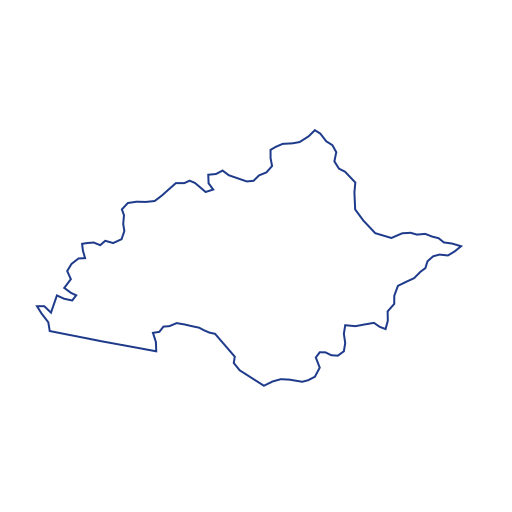 the district of Galvão, Santa Catarina, Brazil, rotated 19°
{"feature_id": "56859067B96587095974070", "entity_name": "Galvão", "entity_type": "district", "adm_level": 2, "iso_a3": "BRA", "parent_name": "Brazil", "parent_adm1": "Santa Catarina", "projection": "mercator", "projection_center": [-52.659, -26.443], "detail": "fine", "context": "isolated", "style": "outline", "palette": "blue", "viewbox_px": 512, "rotation_deg": 19, "n_neighbors": 0, "source": "geoboundaries", "source_scale": "gbopen_adm2", "svg_char_len": 1799}
<svg xmlns="http://www.w3.org/2000/svg" viewBox="0 0 512 512"><g transform="rotate(19 256 256)"><path d="M270.7,117.9L266.8,125.7L260.1,134.1L253.8,137.6L244.7,141.3L239.1,146.4L235.2,150.9L237.9,158.7L241.9,165.7L238.7,173.5L232.7,178.7L229.2,185.7L223.0,188.5L212.5,188.5L204.0,188.5L196.6,186.1L191.5,191.5L184.4,194.7L187.5,202.7L193.9,207.1L187.5,211.9L181.8,209.6L174.5,206.8L168.7,206.4L164.4,210.5L156.5,213.2L151.6,221.8L147.5,229.2L142.3,237.0L134.1,240.8L125.5,243.5L117.6,247.6L114.0,255.6L117.9,260.4L120.0,268.9L123.4,275.3L123.4,283.9L116.7,290.3L108.5,290.7L105.2,296.5L98.2,296.1L92.8,298.4L87.6,301.1L90.6,307.3L95.1,313.7L89.0,316.1L84.1,323.6L82.4,331.7L88.5,338.2L85.1,348.6L93.0,351.1L98.8,351.7L96.7,357.9L88.4,358.9L80.6,358.1L80.6,365.7L80.6,376.3L72.1,372.4L65.3,374.8L71.7,380.0L81.2,386.3L85.4,394.1L136.5,387.1L192.7,378.6L189.4,370.0L183.6,362.2L189.3,359.2L191.5,352.9L197.0,350.5L202.8,345.3L210.6,344.0L217.6,343.3L225.5,342.3L231.3,343.2L237.0,343.6L242.6,342.9L268.7,358.1L269.8,364.4L277.8,369.4L305.7,376.1L312.7,369.1L319.6,364.4L327.9,362.0L340.6,359.9L345.6,356.6L351.0,351.0L352.6,340.8L345.6,332.5L347.6,326.3L352.9,324.5L359.5,325.3L365.8,323.6L370.1,317.5L368.7,309.3L364.4,300.9L362.9,292.4L372.8,290.0L381.1,285.3L389.3,280.8L396.0,282.7L402.3,282.9L401.7,274.3L398.5,265.5L402.3,256.3L399.7,248.6L399.9,238.0L406.3,231.6L412.7,225.5L416.6,217.4L420.1,212.3L419.9,205.1L423.6,198.6L429.1,194.9L437.3,193.0L442.4,186.9L446.7,180.0L437.3,180.4L429.2,182.0L422.8,179.7L416.4,180.3L408.8,180.0L401.1,183.4L394.7,183.7L386.9,186.9L378.1,194.9L361.3,195.6L345.9,187.5L334.6,179.7L328.3,163.7L326.0,154.2L312.7,147.3L306.0,146.4L299.3,141.0L298.1,131.7L292.1,126.3L285.1,124.7L276.9,119.3L270.7,117.9Z" fill="none" stroke="#1e3a8a" stroke-width="2"/></g></svg>